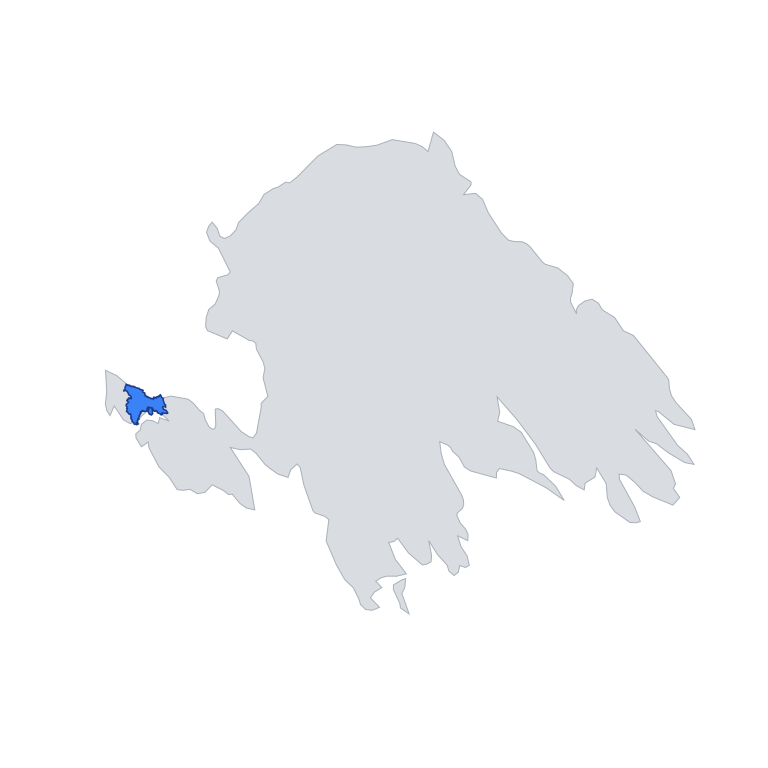 Buncrana Lea-5, Donegal, Ireland (highlighted), rotated 244°
{"feature_id": "5873133B98241361012994", "entity_name": "Buncrana Lea-5", "entity_type": "district", "adm_level": 2, "iso_a3": "IRL", "parent_name": "Ireland", "parent_adm1": "Donegal", "projection": "equal_earth", "projection_center": [-7.424, 55.085], "detail": "fine", "context": "in_parent", "style": "filled", "palette": "blue", "viewbox_px": 768, "rotation_deg": 244, "n_neighbors": 0, "source": "geoboundaries", "source_scale": "gbopen_adm2", "svg_char_len": 9090}
<svg xmlns="http://www.w3.org/2000/svg" viewBox="0 0 768 768"><g transform="rotate(244 384 384)"><path d="M491.3,158.9L474.6,167.3L472.0,170.5L467.3,183.3L466.7,187.0L456.2,201.3L450.3,204.2L441.4,206.6L436.4,208.9L430.1,207.7L422.0,207.9L418.0,210.5L418.2,212.4L420.6,214.7L435.4,221.3L434.6,224.1L430.4,227.2L403.7,234.9L395.8,239.6L393.0,242.7L395.8,247.9L417.0,263.5L420.6,265.2L423.7,274.2L442.5,278.0L450.2,283.7L456.8,285.1L471.2,284.6L477.0,286.7L480.2,285.1L482.1,282.1L498.2,271.0L493.2,262.8L509.4,248.7L513.9,248.9L521.5,253.2L527.8,259.2L529.8,267.2L535.8,274.4L539.6,276.8L550.0,278.3L552.4,281.1L550.6,291.5L552.2,295.0L578.5,294.7L589.0,290.2L598.2,291.0L602.7,295.7L604.8,300.5L596.9,302.3L588.7,301.3L584.7,304.5L584.5,310.6L587.4,318.5L592.9,324.1L597.4,336.7L601.2,350.7L606.9,359.1L608.2,369.7L607.4,374.8L608.5,384.1L606.1,387.4L608.0,396.2L617.9,424.4L620.0,446.6L615.4,454.9L609.1,462.7L605.0,472.1L601.8,482.2L600.0,498.6L586.3,517.7L580.4,522.5L573.6,525.4L588.7,538.9L576.5,544.9L563.2,546.8L548.4,543.4L539.2,543.8L527.5,550.8L524.8,549.5L519.3,538.5L515.2,549.9L506.7,553.5L492.2,552.8L467.8,555.8L458.4,559.1L454.5,564.2L451.6,570.0L447.8,573.5L443.5,575.4L424.7,579.7L420.9,581.4L412.2,591.0L400.7,596.5L391.2,598.1L382.8,592.6L379.4,589.2L375.5,587.6L362.6,587.8L366.6,589.5L369.2,593.4L370.5,600.9L369.0,608.3L362.6,612.1L354.9,612.7L342.8,620.4L326.9,622.5L318.2,629.5L265.5,641.5L262.5,641.6L255.2,638.6L247.4,637.2L239.5,638.2L217.4,644.8L206.7,643.5L220.6,627.0L239.0,618.6L240.9,616.3L235.0,615.2L200.1,621.0L188.0,625.9L175.9,627.4L181.6,619.8L197.3,609.5L210.9,602.7L216.8,596.7L233.3,589.8L180.3,604.0L166.4,602.2L163.2,598.3L152.4,600.1L148.5,590.6L164.7,576.1L174.2,569.8L185.3,566.5L196.0,561.7L200.0,555.8L195.1,553.9L163.2,555.4L148.0,554.1L148.9,549.5L151.8,544.3L167.8,535.5L176.3,534.1L183.9,534.9L197.3,540.1L215.2,538.4L207.9,532.8L206.7,521.3L201.1,517.5L208.5,512.2L216.9,509.0L231.0,498.0L236.0,496.4L263.6,493.7L293.4,488.0L322.9,480.0L307.8,475.6L300.7,469.8L288.9,481.6L280.5,486.1L256.9,488.5L249.4,487.2L238.9,483.5L235.6,484.9L232.5,487.7L216.8,493.5L200.3,494.9L219.6,484.3L244.1,466.3L249.6,460.6L257.4,450.7L255.1,446.3L250.2,443.8L268.0,423.6L274.2,419.9L285.4,419.3L293.6,416.1L297.3,416.1L300.5,414.9L307.8,408.8L296.7,405.0L285.3,403.0L249.8,405.1L245.1,404.6L240.7,402.8L237.9,400.1L235.9,393.2L233.3,391.7L225.3,391.7L217.4,393.8L211.9,393.6L206.5,390.6L215.3,383.6L204.2,381.9L192.9,383.3L183.6,381.2L183.4,376.8L187.7,372.4L182.2,368.3L181.2,363.0L187.1,360.4L193.6,361.3L206.8,357.4L223.7,355.5L209.3,351.7L203.6,348.4L203.4,343.4L204.6,339.1L221.5,331.9L239.4,328.7L238.1,323.9L239.5,318.8L221.5,317.3L203.6,320.9L205.7,311.1L210.1,302.2L211.1,296.4L210.3,290.1L202.0,292.8L201.1,284.0L197.7,278.0L185.3,282.1L185.8,274.2L189.4,268.6L195.9,266.2L202.3,267.2L214.1,267.1L225.6,263.0L242.1,261.9L268.3,263.2L286.3,275.0L290.9,272.9L298.3,265.4L301.6,264.6L328.8,267.8L345.7,272.1L350.2,270.8L347.8,262.5L342.1,256.8L349.4,249.3L358.4,244.3L364.3,241.7L378.0,238.6L384.0,235.6L388.0,226.0L394.4,218.0L360.1,222.2L327.5,212.7L332.8,206.0L339.7,202.2L351.6,199.3L352.7,195.9L358.7,193.0L368.7,185.4L365.1,175.5L367.2,168.2L374.3,163.5L376.6,156.7L379.8,151.8L394.3,150.0L408.2,145.4L429.6,144.8L435.2,146.6L433.9,138.5L444.0,137.4L447.9,139.0L449.6,144.8L454.2,148.5L455.6,154.9L452.5,159.9L447.4,163.7L452.1,167.6L444.8,174.7L452.7,171.7L463.9,164.7L463.3,159.1L461.4,152.0L458.3,145.6L459.7,138.5L466.0,134.1L482.5,131.9L475.7,123.9L481.8,123.2L488.3,124.8L497.9,131.0L518.4,139.8L508.4,147.6L496.1,153.0L491.3,158.9ZM200.1,314.4L199.6,318.2L191.8,313.4L188.0,308.2L166.4,305.8L175.5,300.6L179.9,302.1L195.2,302.3L199.4,304.5L200.1,314.4Z" fill="#d9dde1" stroke="#a8b0b8" stroke-width="1"/><path d="M467.4,179.2L468.5,178.7L469.5,178.3L470.6,178.3L471.6,178.5L473.0,178.0L472.5,178.0L471.9,177.5L471.9,177.2L471.5,176.9L471.4,176.8L471.9,176.2L471.4,175.7L471.9,175.2L472.1,174.5L471.9,174.4L471.9,174.2L471.5,173.8L471.8,173.6L471.4,173.1L472.0,172.8L472.2,172.1L473.0,171.6L473.1,171.2L472.8,171.0L472.3,171.1L471.7,170.7L472.0,170.0L471.8,169.9L472.3,169.7L472.5,169.2L472.5,168.7L472.8,168.5L473.1,168.3L473.1,168.0L474.6,167.1L475.7,165.8L476.0,165.9L476.1,165.6L476.3,165.6L476.6,165.2L476.8,164.9L477.4,164.8L478.0,164.5L477.8,164.3L477.9,164.2L479.2,164.3L480.4,165.0L480.8,165.0L481.2,164.8L481.3,164.5L482.8,163.5L483.9,164.7L484.2,164.5L485.1,163.8L485.2,163.3L485.5,163.0L485.6,162.6L486.4,162.2L486.8,162.3L487.2,162.2L487.3,162.0L487.5,161.8L487.8,161.5L487.8,161.3L488.2,160.9L488.3,160.6L488.5,160.3L488.8,160.2L489.0,159.9L489.4,159.5L489.7,159.2L489.8,159.1L490.2,158.9L490.6,158.4L491.0,158.3L491.0,158.0L491.2,157.7L491.5,157.5L491.9,157.3L492.0,157.2L491.9,157.0L492.0,156.7L492.3,156.3L492.4,155.9L492.8,155.4L493.3,155.0L493.5,154.9L493.8,155.0L494.1,154.8L494.1,154.6L494.5,154.5L494.6,154.3L494.5,154.0L494.8,153.5L495.0,153.5L495.2,153.3L495.5,153.2L495.7,152.9L495.9,152.9L496.8,152.1L496.6,151.9L496.1,151.9L495.7,151.6L495.7,151.4L495.4,151.0L495.3,150.4L494.1,149.6L493.5,149.4L493.3,149.1L492.8,148.9L492.3,147.9L492.3,147.5L492.4,147.3L491.8,147.1L491.3,149.1L491.1,149.3L490.7,149.5L490.4,149.8L490.1,149.8L489.8,150.0L489.7,149.9L489.1,149.9L488.0,150.1L487.2,150.0L486.9,150.0L486.6,149.8L486.4,150.0L485.8,150.1L485.6,150.1L485.5,150.3L484.4,150.9L484.0,150.9L483.7,151.2L483.2,150.9L482.8,150.8L482.4,150.9L481.9,150.8L481.8,150.7L482.0,150.6L482.2,150.3L482.3,150.2L482.1,149.9L482.4,149.5L482.4,149.4L482.9,149.1L482.8,148.9L483.0,148.9L483.0,148.7L483.2,148.4L482.9,148.3L482.9,148.1L483.1,148.1L482.9,148.0L482.9,147.8L482.6,147.7L482.7,147.4L482.6,147.1L482.6,146.7L482.4,146.3L482.1,146.2L481.9,145.6L481.6,145.6L480.7,146.1L480.2,146.1L479.7,146.4L479.1,145.2L478.9,144.5L478.9,144.2L478.8,143.7L478.3,143.2L477.8,142.8L477.6,142.9L476.7,142.8L476.4,143.0L475.7,142.9L475.4,142.6L475.0,142.6L475.1,142.3L474.8,142.0L474.4,141.9L473.9,142.1L473.6,141.9L473.4,141.6L472.6,141.0L472.1,140.5L471.4,141.4L470.9,141.2L468.6,141.7L468.1,142.3L468.1,142.5L468.2,143.1L466.9,142.9L466.5,142.6L465.7,142.3L465.2,142.1L464.9,142.4L464.6,142.1L464.3,141.6L464.1,141.5L463.2,141.4L462.8,141.8L462.5,141.9L462.3,141.8L462.0,141.9L461.7,141.6L461.3,141.4L460.8,141.1L458.6,142.2L458.0,142.1L457.9,142.1L457.8,141.9L457.5,141.9L457.4,142.0L457.3,142.3L457.2,142.4L457.1,142.6L457.1,142.4L456.9,142.4L456.8,142.8L456.8,143.0L456.8,143.4L456.6,143.6L456.8,143.7L456.5,143.7L456.4,143.8L456.6,143.9L456.5,144.0L456.9,144.0L457.5,144.4L457.3,144.6L457.2,144.6L456.9,144.8L456.6,144.7L456.4,144.6L456.5,144.8L455.9,144.9L455.8,145.0L456.0,145.2L455.9,145.2L455.9,145.3L456.0,145.2L456.0,145.4L456.2,145.5L456.5,145.4L456.5,145.5L457.3,145.4L457.2,145.5L457.3,145.5L457.2,145.6L457.7,145.6L457.6,145.8L458.2,146.0L458.6,146.2L458.6,146.3L458.8,146.5L459.1,146.5L459.4,146.6L459.5,146.8L459.8,146.9L459.9,147.1L460.1,147.2L460.1,147.3L460.3,147.5L460.2,147.7L460.3,147.7L460.2,147.9L460.4,147.9L460.4,148.1L460.5,148.1L460.4,148.1L460.6,148.2L460.8,148.4L460.7,148.5L460.9,148.5L461.4,149.0L461.7,149.4L461.9,149.9L462.3,150.1L462.8,150.0L463.2,150.5L463.3,150.6L463.2,151.0L463.5,151.3L463.5,151.5L464.1,151.9L464.1,152.2L464.2,152.5L464.3,152.5L464.2,152.6L464.3,152.5L464.6,152.6L464.9,152.6L465.4,152.9L465.6,152.8L465.5,152.6L465.7,152.9L465.4,153.4L465.5,153.5L465.4,153.6L465.5,153.7L465.4,154.3L466.0,154.0L465.8,154.2L465.8,154.5L466.1,154.8L466.1,155.0L466.0,155.3L465.6,155.8L464.3,156.5L464.3,157.1L463.9,157.7L463.9,158.1L463.8,158.3L463.8,158.7L463.7,158.9L463.8,159.1L464.0,159.3L463.9,159.5L464.2,159.4L464.5,159.5L465.9,160.4L466.1,160.6L466.2,160.8L466.4,161.2L466.3,161.6L466.4,162.1L466.3,162.3L466.4,162.6L465.6,162.8L465.2,162.2L464.8,161.7L465.1,161.5L464.6,161.3L463.8,161.2L463.7,161.1L463.7,160.8L463.5,160.7L463.4,160.5L462.9,160.4L462.7,160.1L462.6,159.9L461.6,159.8L461.3,159.9L460.1,160.0L460.1,159.9L459.8,159.9L459.8,160.1L459.5,160.2L458.9,160.9L458.5,161.0L458.4,161.2L458.1,161.4L458.4,162.2L458.5,162.7L458.7,163.0L459.1,163.3L459.7,163.3L460.7,163.5L461.0,163.9L461.2,164.3L461.8,164.5L462.0,164.7L462.5,164.5L463.8,164.3L464.2,164.2L464.8,164.4L464.1,165.3L463.7,165.0L463.7,164.7L463.6,165.0L462.8,165.1L462.2,165.6L461.0,165.5L460.2,165.6L460.0,165.8L459.9,166.3L459.7,166.6L459.7,167.3L459.9,167.6L458.7,168.3L458.5,168.2L458.4,167.9L458.0,167.7L457.4,167.8L457.1,168.0L456.9,168.4L455.9,169.3L455.0,169.8L454.5,169.8L454.0,170.1L453.9,170.4L454.7,170.9L453.9,171.6L454.2,171.9L454.4,172.1L454.8,172.1L455.3,172.3L454.7,172.7L454.5,173.2L453.7,174.1L453.6,174.5L453.2,175.1L452.9,175.8L452.6,176.0L452.6,176.5L452.6,176.8L452.9,177.0L453.8,176.7L454.2,176.9L455.9,176.6L456.1,176.2L457.1,175.6L457.4,175.2L457.7,174.7L457.9,174.8L458.6,174.9L459.9,174.6L460.2,174.8L460.7,175.5L460.3,176.0L460.2,176.5L458.9,177.5L459.6,177.9L459.7,178.0L459.9,178.0L460.9,178.5L461.0,178.4L461.7,178.1L463.3,177.9L463.6,178.1L464.6,178.3L465.6,178.3L465.8,178.4L466.2,178.4L466.6,178.5L467.0,178.7L467.4,179.2Z" fill="#3b82f6" stroke="#1e3a8a" stroke-width="1.5"/></g></svg>